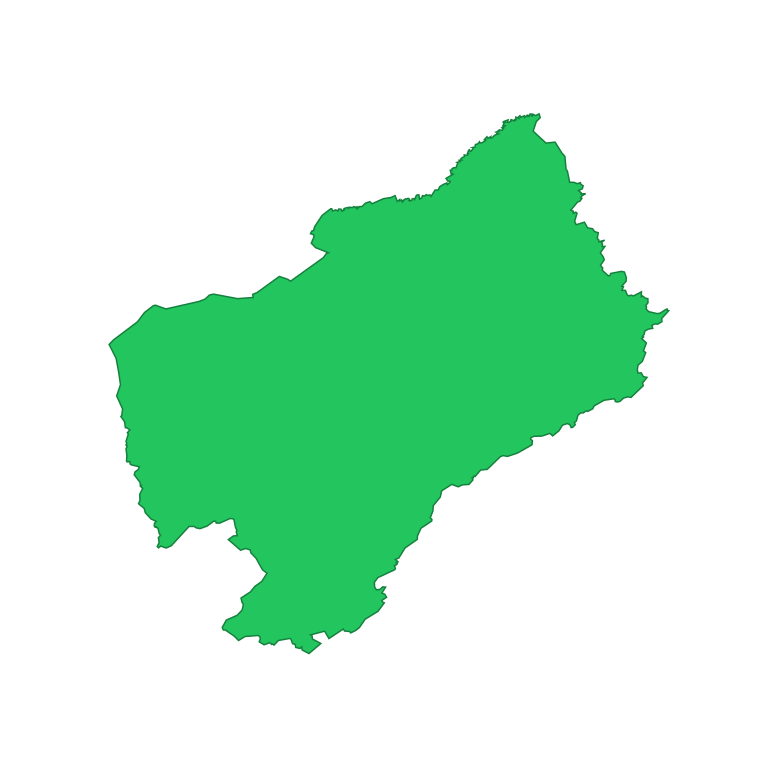 Liezēres pag., Madona, Latvia, rotated 327°
{"feature_id": "27541924B78156453771197", "entity_name": "Liezēres pag.", "entity_type": "district", "adm_level": 2, "iso_a3": "LVA", "parent_name": "Latvia", "parent_adm1": "Madona", "projection": "equal_earth", "projection_center": [26.079, 57.016], "detail": "fine", "context": "isolated", "style": "filled", "palette": "green", "viewbox_px": 768, "rotation_deg": 327, "n_neighbors": 0, "source": "geoboundaries", "source_scale": "gbopen_adm2", "svg_char_len": 6171}
<svg xmlns="http://www.w3.org/2000/svg" viewBox="0 0 768 768"><g transform="rotate(327 384 384)"><path d="M115.3,502.8L116.9,503.8L121.1,513.9L122.3,519.9L130.0,520.1L141.5,526.4L142.2,528.2L141.4,530.5L138.9,532.2L141.4,537.4L147.4,538.8L147.9,541.2L149.1,541.6L149.6,543.1L155.8,541.6L166.2,546.0L167.0,547.2L165.9,552.0L167.7,554.0L166.5,556.9L169.6,560.1L171.7,559.7L170.5,562.6L174.3,569.2L189.7,567.2L185.1,558.9L186.5,556.0L185.8,554.4L199.6,559.0L199.2,567.5L216.4,567.3L216.4,569.7L220.4,572.9L220.5,574.6L226.2,575.3L230.6,574.9L240.1,571.0L255.1,571.4L265.1,567.7L264.1,566.2L264.2,564.3L270.0,564.3L270.2,560.8L268.4,558.1L274.7,555.2L272.4,553.4L268.8,554.1L265.6,552.5L265.5,549.3L267.9,545.1L273.4,543.0L291.9,545.6L293.0,545.0L294.0,541.9L295.9,542.4L297.2,542.0L297.0,540.4L298.9,540.8L298.0,537.3L301.7,538.0L312.3,533.0L327.4,532.4L329.1,529.8L336.4,525.1L349.4,524.9L350.4,523.7L349.9,521.4L355.9,517.1L359.0,512.9L369.6,509.5L374.2,505.0L386.2,505.1L390.2,510.6L394.8,511.3L400.6,514.5L406.3,512.9L406.8,510.7L407.8,511.3L409.1,510.2L410.0,511.2L418.1,508.8L424.1,511.8L442.0,508.3L444.8,508.9L448.2,512.0L458.3,514.6L475.0,515.6L477.6,512.4L476.9,510.0L478.3,509.0L481.4,509.6L487.9,513.6L496.3,515.8L497.2,519.4L505.4,518.5L511.3,515.7L516.3,517.1L517.8,519.4L517.2,522.4L518.5,523.1L522.2,522.3L522.7,520.1L525.2,519.8L529.7,515.8L533.4,515.4L535.4,516.8L538.8,516.6L539.9,517.9L545.5,518.5L548.4,516.8L559.7,517.5L568.3,521.4L569.2,522.4L568.5,524.7L569.6,526.0L572.2,527.1L577.3,526.3L581.8,527.7L583.8,529.8L600.5,526.6L601.3,524.0L608.2,521.7L605.5,519.1L605.8,514.7L603.0,513.2L604.1,510.2L607.2,506.6L613.0,505.7L620.6,500.2L619.6,497.5L626.4,492.5L624.9,486.2L627.3,485.9L626.8,484.7L629.2,484.1L631.5,481.7L635.5,481.9L639.7,483.7L640.5,480.8L643.7,481.0L646.2,482.9L651.1,483.1L652.6,480.3L662.7,477.6L661.8,476.6L662.4,475.5L661.4,475.0L654.2,475.0L651.4,473.7L645.4,467.5L644.7,464.0L646.2,462.2L646.1,460.9L649.7,459.6L651.8,456.1L650.0,454.5L648.8,451.0L647.4,450.9L650.1,446.9L641.1,446.0L639.9,444.3L637.1,443.2L636.5,441.7L637.5,437.0L634.5,435.0L637.8,432.8L636.6,431.5L643.0,429.7L645.2,426.7L646.6,421.0L644.4,418.8L634.5,414.8L632.4,416.0L631.1,415.5L629.0,407.5L630.6,405.8L630.2,402.4L636.3,399.8L637.1,396.9L636.9,391.8L644.2,388.9L641.9,387.6L643.5,385.6L643.4,383.7L647.4,383.5L641.7,381.8L642.6,380.2L642.1,378.2L646.1,373.8L643.6,370.9L643.5,367.4L639.8,363.9L640.2,357.4L631.9,355.1L632.5,351.4L638.9,345.9L638.4,344.4L635.8,343.9L636.9,342.2L635.3,340.0L645.5,336.8L647.8,337.4L651.1,336.1L650.3,334.8L652.6,334.0L656.8,334.2L652.7,331.9L653.5,331.1L652.5,327.7L656.7,328.3L659.0,326.2L658.0,324.2L658.2,321.9L655.3,321.4L653.2,318.4L649.6,315.9L653.8,305.3L653.6,303.2L659.7,291.6L659.0,287.0L659.2,274.3L651.1,270.2L646.8,253.2L654.6,246.9L660.1,245.7L661.2,241.9L657.2,241.4L656.2,239.4L654.5,240.1L653.8,239.3L655.2,238.3L653.6,237.1L651.6,238.4L651.6,237.6L650.4,237.7L650.5,236.6L647.1,237.0L647.8,235.5L643.8,234.7L644.1,233.0L641.8,233.4L641.7,234.5L640.0,232.0L638.9,233.5L637.4,233.5L638.1,234.3L636.2,234.2L634.9,231.7L634.0,231.6L633.7,232.7L631.1,232.6L630.2,231.9L631.9,230.1L627.5,229.1L628.2,230.5L626.4,229.9L626.3,231.2L624.4,232.1L625.9,233.4L623.0,233.3L624.5,234.7L622.5,233.9L622.5,235.1L621.0,235.6L619.3,233.7L617.8,233.8L618.0,234.6L615.2,233.8L615.9,234.8L614.9,235.5L615.9,236.5L612.7,235.6L608.0,236.4L606.9,235.3L608.0,234.7L605.0,234.4L605.0,232.7L601.3,233.7L602.4,234.6L601.7,235.2L597.1,235.0L595.6,233.9L596.0,232.9L593.0,233.7L591.2,232.9L589.2,234.8L587.0,233.9L587.7,234.8L583.8,236.2L582.9,235.9L583.3,234.1L582.2,234.1L579.5,236.1L580.2,236.8L578.4,237.5L576.0,235.6L575.3,237.0L571.6,236.7L570.6,237.6L571.0,238.3L568.8,237.3L569.0,238.9L565.9,237.9L566.3,238.7L562.1,241.9L560.6,240.7L558.5,240.4L557.6,241.5L556.0,240.8L555.0,243.8L555.8,244.3L554.7,244.9L555.7,245.7L548.0,245.3L548.0,248.6L549.9,249.9L549.0,250.8L545.7,251.3L546.2,249.6L542.3,248.9L538.0,248.9L535.2,250.9L532.5,249.1L525.7,252.3L525.6,250.5L522.9,249.3L522.7,248.2L520.5,248.4L518.8,247.0L517.0,248.5L514.6,248.3L516.3,244.3L514.1,243.3L510.2,245.9L510.3,245.0L508.6,244.0L507.3,245.1L505.2,244.4L504.8,243.6L506.0,243.1L505.7,241.7L502.9,240.5L499.7,240.4L500.1,241.0L498.6,241.5L498.9,239.2L497.0,238.9L497.6,237.9L494.6,238.1L495.9,232.0L491.4,231.4L484.6,228.3L472.1,226.3L471.5,223.4L466.8,222.2L462.4,223.2L460.1,221.9L457.4,222.4L458.3,221.2L456.7,221.2L457.0,220.2L455.9,220.2L455.4,218.8L453.5,218.8L451.5,217.0L450.0,217.5L450.0,216.3L446.3,215.1L445.3,215.5L445.7,216.3L442.2,216.2L443.1,215.8L443.1,213.8L441.2,212.6L439.5,213.8L438.4,211.7L435.1,210.9L435.6,208.5L434.8,208.0L423.9,208.9L411.5,214.3L408.5,217.0L406.8,216.4L404.2,217.9L406.3,220.4L405.6,222.4L399.7,226.3L400.9,232.4L408.8,243.7L406.8,243.2L401.9,245.0L361.6,246.9L360.4,243.9L354.8,236.8L327.4,238.2L322.7,237.3L321.4,240.2L307.6,232.6L289.9,215.7L285.9,214.3L280.4,215.4L274.1,214.1L242.0,202.3L235.2,193.4L233.1,192.7L222.1,193.6L211.1,197.6L181.3,199.7L175.0,201.1L173.3,216.6L168.3,228.7L162.6,241.1L153.3,248.4L151.2,262.5L146.9,267.6L145.6,267.9L145.9,274.1L143.3,279.9L144.4,280.5L145.8,284.1L142.2,285.1L142.3,286.7L136.4,291.6L135.9,293.7L134.4,294.6L134.9,296.3L132.4,297.8L129.3,304.1L126.0,308.5L126.1,309.4L128.6,310.6L127.5,313.0L128.3,314.5L133.7,320.2L131.3,321.9L127.4,322.1L125.1,324.0L125.8,333.9L124.5,336.2L125.2,336.8L124.0,337.0L124.8,340.1L119.0,343.5L115.8,348.9L112.9,350.7L115.1,357.7L113.7,362.0L115.1,370.3L118.1,375.1L115.6,375.9L114.1,377.7L113.9,378.9L115.1,379.5L114.6,379.9L115.9,381.8L114.0,387.3L114.3,389.0L111.0,390.1L109.1,394.5L105.3,396.8L105.7,398.6L108.5,398.4L111.9,402.9L117.6,403.8L142.9,397.3L147.1,400.0L148.2,402.4L150.9,405.1L158.2,406.8L166.9,406.3L168.0,407.6L167.5,409.3L170.5,411.2L181.7,413.0L183.6,414.6L184.4,415.7L181.2,423.9L181.1,426.3L179.7,427.3L178.3,431.3L175.0,429.4L168.7,429.7L173.2,445.3L178.3,446.6L181.4,450.2L180.4,453.3L181.8,460.5L180.9,473.6L182.8,479.0L174.0,483.0L165.5,483.4L158.7,485.6L147.5,485.6L146.0,489.8L146.0,492.3L141.9,496.3L134.9,498.0L123.2,496.1L115.7,500.1L115.3,502.8Z" fill="#22c55e" stroke="#15803d" stroke-width="1.5"/></g></svg>